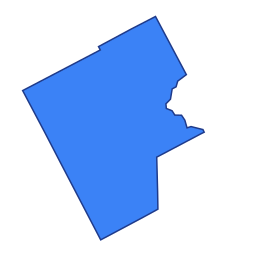 Laclede, Missouri, United States of America (Equal Earth projection), rotated 61°
{"feature_id": "52423323B33468312624541", "entity_name": "Laclede", "entity_type": "district", "adm_level": 2, "iso_a3": "USA", "parent_name": "United States of America", "parent_adm1": "Missouri", "projection": "equal_earth", "projection_center": [-92.56, 37.684], "detail": "fine", "context": "isolated", "style": "filled", "palette": "blue", "viewbox_px": 256, "rotation_deg": 61, "n_neighbors": 0, "source": "geoboundaries", "source_scale": "gbopen_adm2", "svg_char_len": 504}
<svg xmlns="http://www.w3.org/2000/svg" viewBox="0 0 256 256"><g transform="rotate(61 128 128)"><path d="M90.9,202.9L126.7,203.9L212.6,206.1L213.4,157.4L213.5,141.2L198.1,133.0L167.4,117.0L168.4,67.9L168.6,63.4L165.7,63.2L157.3,72.2L156.5,76.3L148.7,74.5L142.8,75.0L139.4,80.8L134.3,81.1L129.5,85.0L125.2,83.1L123.4,76.9L115.2,70.4L115.3,66.0L111.1,61.8L109.6,51.1L43.8,49.9L43.0,76.6L42.5,114.3L46.3,114.4L44.2,202.0L44.6,202.0L90.9,202.9Z" fill="#3b82f6" stroke="#1e3a8a" stroke-width="1.5"/></g></svg>